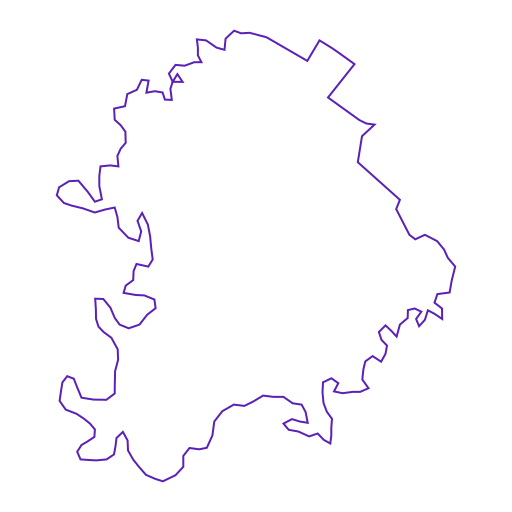 Paraíso, Santa Catarina, Brazil
{"feature_id": "56859067B88081254239904", "entity_name": "Paraíso", "entity_type": "district", "adm_level": 2, "iso_a3": "BRA", "parent_name": "Brazil", "parent_adm1": "Santa Catarina", "projection": "mercator", "projection_center": [-53.691, -26.665], "detail": "fine", "context": "isolated", "style": "outline", "palette": "violet", "viewbox_px": 512, "rotation_deg": 0, "n_neighbors": 0, "source": "geoboundaries", "source_scale": "gbopen_adm2", "svg_char_len": 2695}
<svg xmlns="http://www.w3.org/2000/svg" viewBox="0 0 512 512"><path d="M442.2,319.0L442.0,308.5L434.5,302.7L437.4,294.1L449.6,292.5L451.7,280.6L455.2,266.6L447.8,257.8L444.1,249.6L437.1,241.1L424.9,234.8L415.3,239.3L409.4,234.8L396.2,209.1L399.9,199.8L357.8,162.2L362.0,136.2L374.5,124.6L366.3,123.5L359.4,120.1L328.0,97.5L354.5,64.1L337.9,52.2L332.0,48.1L319.5,40.4L307.3,60.9L266.6,37.3L249.6,32.8L241.1,33.3L234.1,30.7L225.6,38.6L224.5,49.8L216.5,47.6L206.1,40.4L196.9,39.4L197.9,47.6L197.9,55.4L201.4,62.2L194.3,62.2L184.7,65.7L175.5,64.9L168.9,73.6L172.7,81.8L170.4,88.8L171.8,99.9L164.9,99.6L162.6,92.5L154.9,91.2L146.4,92.7L148.6,80.6L141.7,79.8L136.9,89.8L127.3,94.1L125.0,106.2L114.1,108.6L114.7,119.8L120.6,125.1L125.4,131.7L125.7,142.8L120.7,148.7L117.4,155.9L118.4,166.4L110.2,165.4L100.5,166.4L99.3,175.9L99.3,186.1L101.9,199.3L94.9,201.7L87.8,191.9L78.4,180.7L69.0,181.2L59.1,187.3L56.8,195.3L63.9,203.0L71.6,205.6L82.7,208.3L94.9,212.5L104.8,209.6L114.7,207.5L117.4,217.0L118.7,227.7L128.3,237.7L138.7,241.1L141.2,231.4L137.5,220.8L142.1,213.0L147.8,224.4L150.1,236.1L151.3,248.8L152.7,259.5L148.3,266.6L136.5,264.0L133.6,271.1L133.2,280.1L125.7,285.6L123.6,292.9L135.8,295.0L144.3,295.4L154.4,299.5L155.6,308.2L147.1,314.8L139.5,324.6L128.7,328.3L119.6,324.6L114.8,318.0L110.4,307.7L103.3,299.0L95.2,298.7L95.9,309.8L96.0,318.8L98.5,326.7L103.6,332.0L111.4,337.8L117.7,349.3L118.1,359.8L115.1,371.2L114.8,383.6L114.7,393.5L106.4,399.8L93.7,399.6L81.5,397.7L77.2,387.4L73.8,378.7L67.2,376.2L62.4,382.4L61.0,391.1L59.6,400.9L65.7,409.6L76.5,413.8L83.8,418.6L90.0,423.6L94.9,429.4L94.4,436.9L87.6,441.4L81.5,445.0L77.2,451.7L80.5,459.4L87.6,459.9L96.3,460.4L106.6,459.4L114.0,454.4L115.5,446.2L116.5,438.0L122.9,431.9L127.6,440.5L128.0,450.4L133.2,459.6L138.7,466.5L146.0,474.9L155.3,478.9L162.9,481.3L175.5,475.2L183.3,466.8L183.3,455.9L189.5,448.0L199.1,449.3L206.8,447.8L212.4,435.5L214.3,421.5L222.3,411.2L233.8,404.6L244.4,405.9L252.9,401.7L263.1,395.6L273.6,396.9L283.5,396.9L292.7,403.3L301.6,404.6L305.6,412.0L307.7,422.8L299.7,421.5L292.0,419.1L283.5,423.6L288.7,429.8L298.3,431.5L309.2,436.4L317.7,433.5L323.7,439.8L330.3,443.5L331.3,435.5L331.3,427.8L332.0,418.8L326.8,411.7L323.5,403.0L322.5,392.2L323.0,382.3L331.4,378.3L338.3,383.2L334.0,391.4L342.5,393.2L352.4,391.9L360.1,391.9L368.5,388.2L362.3,379.5L363.4,369.3L365.3,361.4L372.6,356.1L381.1,361.7L385.5,353.8L387.0,345.6L381.5,339.9L378.9,332.0L385.5,325.4L391.4,330.9L396.6,336.6L399.9,324.6L407.7,318.0L407.9,310.1L414.7,308.5L421.3,311.7L416.1,319.0L419.1,326.2L424.9,319.8L427.9,310.3L434.8,314.0L442.2,319.0ZM172.7,81.8L177.4,74.1L182.6,81.9L172.7,81.8Z" fill="none" stroke="#5b21b6" stroke-width="2"/></svg>